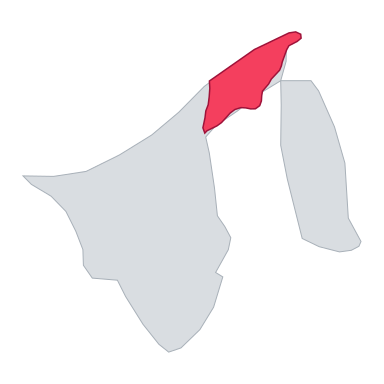 location of Brunei and Muara within Brunei
{"feature_id": "BRN-1182", "entity_name": "Brunei and Muara", "entity_type": "District", "adm_level": 1, "iso_a3": "BRN", "parent_name": "Brunei", "parent_adm1": "", "projection": "natural_earth1", "projection_center": [114.909, 4.894], "detail": "fine", "context": "in_parent", "style": "filled", "palette": "rose", "viewbox_px": 384, "rotation_deg": 0, "n_neighbors": 0, "source": "natural_earth", "source_scale": "10m", "svg_char_len": 1246}
<svg xmlns="http://www.w3.org/2000/svg" viewBox="0 0 384 384"><path d="M280.7,80.7L258.7,94.2L237.3,111.1L215.8,125.6L205.7,137.0L209.3,153.0L214.5,188.1L217.4,215.8L224.9,226.7L230.8,237.7L228.3,249.7L215.6,272.5L222.8,276.9L213.6,307.2L199.9,329.6L181.0,347.9L168.7,352.1L158.9,344.3L143.0,324.3L125.6,296.5L117.4,280.2L92.3,278.1L83.4,265.3L82.9,249.6L75.8,231.2L65.9,211.4L51.1,196.2L31.4,184.4L23.0,175.9L53.6,176.4L86.1,171.4L119.5,154.9L151.7,135.0L178.8,112.2L204.2,86.5L230.9,66.2L272.3,42.7L286.3,44.6L286.1,61.3L280.7,80.7ZM311.0,80.7L318.6,90.9L334.5,126.9L344.9,163.1L348.3,218.1L361.0,241.5L358.9,246.3L351.3,250.3L339.5,251.9L319.2,246.7L302.2,238.5L287.3,179.0L280.7,145.3L281.2,105.1L280.7,80.7L311.0,80.7Z" fill="#d9dde1" stroke="#a8b0b8" stroke-width="1"/><path d="M268.6,84.0L262.5,91.1L261.7,95.8L261.4,101.0L259.7,105.7L255.4,108.8L250.7,108.9L245.8,107.9L240.9,107.6L234.9,109.5L230.1,113.1L221.5,122.6L216.9,125.9L207.1,130.7L204.8,133.1L202.9,127.8L205.0,117.8L205.8,111.0L208.2,104.7L209.2,96.8L209.8,88.3L209.4,81.0L254.4,49.5L289.0,32.9L295.7,31.9L300.7,34.2L301.1,38.2L297.2,41.4L288.9,45.7L286.6,49.9L282.2,62.2L281.4,65.9L279.6,70.2L271.3,79.1L268.6,84.0Z" fill="#f43f5e" stroke="#9f1239" stroke-width="1.5"/></svg>